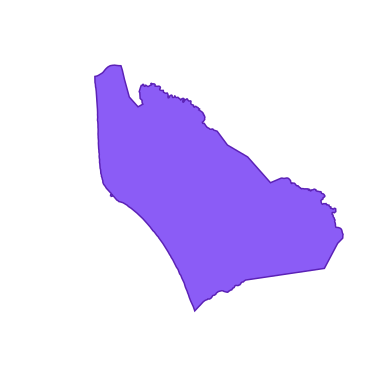 outline of Rangárþing eystra, Suðurland, Iceland, rotated 42°
{"feature_id": "244011B21062297179388", "entity_name": "Rangárþing eystra", "entity_type": "district", "adm_level": 2, "iso_a3": "ISL", "parent_name": "Iceland", "parent_adm1": "Suðurland", "projection": "orthographic", "projection_center": [-19.715, 63.654], "detail": "fine", "context": "isolated", "style": "filled", "palette": "violet", "viewbox_px": 384, "rotation_deg": 42, "n_neighbors": 0, "source": "geoboundaries", "source_scale": "gbopen_adm2", "svg_char_len": 6041}
<svg xmlns="http://www.w3.org/2000/svg" viewBox="0 0 384 384"><g transform="rotate(42 192 192)"><path d="M290.8,221.5L341.5,160.2L334.6,132.7L334.9,125.5L334.7,125.2L333.3,123.5L332.6,122.4L331.2,121.8L328.8,120.1L327.6,119.7L326.5,119.7L324.5,120.5L322.8,121.8L322.4,121.9L321.1,121.0L320.1,119.9L318.8,119.0L318.0,118.7L317.7,118.4L317.2,117.4L317.0,117.1L316.1,117.0L315.5,116.4L315.1,116.2L313.3,115.8L312.8,115.2L312.3,114.8L311.0,114.8L310.1,113.6L310.0,113.4L310.6,112.7L311.6,112.3L311.8,111.9L311.8,111.4L311.8,111.1L312.0,110.6L312.0,110.4L310.5,108.8L310.2,108.7L309.9,108.3L309.2,108.5L308.6,108.9L308.6,109.8L308.3,110.3L306.7,110.7L306.1,111.3L305.6,111.2L305.4,110.4L305.2,110.2L304.4,110.6L303.6,110.7L302.5,110.1L302.1,110.6L300.9,110.9L300.7,111.3L300.1,111.3L299.4,110.9L298.5,111.9L297.7,112.4L297.2,113.7L296.9,113.9L295.1,113.4L294.6,112.9L293.5,112.1L293.6,111.0L293.5,110.6L293.9,110.3L294.0,109.7L293.9,109.3L293.4,108.8L293.2,108.5L293.2,108.3L293.6,107.5L293.7,107.0L293.6,106.3L293.4,106.0L292.8,106.0L292.7,105.8L292.2,105.6L291.0,105.5L289.1,106.3L288.6,106.1L288.1,105.6L287.7,105.6L287.0,105.9L286.8,106.3L285.8,106.7L285.0,107.4L284.2,107.6L283.9,107.9L283.0,108.0L282.5,107.4L281.0,108.0L280.8,108.2L280.4,109.4L279.3,110.7L279.2,111.1L279.6,111.3L279.5,111.7L279.3,111.9L278.6,112.0L277.9,111.5L277.6,111.4L277.4,111.6L277.6,112.3L277.6,112.5L277.1,112.6L276.7,112.4L276.4,112.0L276.2,112.0L275.1,113.0L274.5,113.4L274.1,113.9L273.3,114.6L272.8,114.8L271.5,115.8L271.1,116.4L270.7,116.3L270.2,116.6L269.6,116.4L268.8,116.6L267.9,116.5L267.5,116.7L266.9,116.4L266.3,116.6L266.0,117.0L265.3,117.4L264.8,117.2L264.3,117.2L262.8,116.9L261.9,117.1L261.3,117.7L260.7,118.0L260.7,118.4L260.5,118.9L260.0,119.1L259.8,119.0L259.7,118.7L258.6,118.5L257.6,117.6L257.2,117.5L254.8,117.3L253.8,117.6L252.9,118.3L251.7,119.9L251.1,120.5L249.5,121.5L248.9,122.2L244.1,132.6L209.9,128.7L186.9,133.4L170.0,130.0L166.8,131.4L165.3,131.3L165.1,131.7L164.7,131.8L164.3,132.6L163.3,133.3L162.0,133.3L159.8,133.9L159.4,133.7L158.2,133.6L155.2,132.8L154.4,133.6L153.9,133.7L153.2,133.4L153.0,133.2L153.3,132.0L153.1,131.2L153.0,129.7L151.9,128.6L151.5,127.7L150.9,127.6L150.5,127.2L149.6,126.8L149.3,126.8L149.2,126.9L148.6,126.4L148.0,126.5L147.6,126.0L146.3,125.8L144.3,126.0L143.6,126.2L143.0,126.1L142.2,126.4L142.1,125.3L141.0,125.5L140.1,125.3L139.1,125.5L138.6,125.8L137.5,125.8L137.0,126.8L136.9,127.4L136.3,127.5L135.8,127.4L135.3,126.6L135.0,126.5L133.3,127.2L132.3,127.2L131.7,126.9L131.4,126.5L130.9,125.6L130.3,125.2L129.9,125.3L128.9,126.4L127.9,126.5L126.3,126.0L125.9,126.2L125.8,126.4L125.7,127.2L125.2,127.8L125.2,128.1L125.5,129.8L125.5,130.5L125.6,130.8L125.4,131.2L124.7,131.1L123.9,129.9L123.9,129.5L124.4,128.8L124.4,128.7L124.1,128.2L123.3,128.1L122.8,128.3L122.2,129.1L122.1,129.5L122.1,130.8L122.0,131.2L121.7,131.2L120.3,130.8L119.5,131.2L118.3,131.0L118.0,131.2L117.2,132.3L116.9,132.4L116.0,132.5L115.4,132.1L115.0,132.1L114.8,132.3L114.9,132.6L115.2,133.0L115.3,133.4L115.2,133.9L114.5,134.6L113.6,134.5L112.6,133.6L111.8,133.8L111.6,134.1L111.2,135.8L111.4,136.5L111.8,136.7L111.8,137.0L111.7,137.5L111.3,137.9L110.4,137.4L110.2,137.2L109.9,136.4L109.6,136.2L108.5,135.4L107.5,135.0L107.2,135.1L106.6,136.1L106.1,136.4L104.1,136.9L102.7,135.7L102.4,135.9L101.6,136.8L100.8,137.3L99.7,137.6L99.1,137.2L98.9,136.1L98.6,135.5L98.1,135.2L97.4,135.2L96.7,135.4L96.3,135.7L95.7,136.5L93.8,138.0L93.4,137.7L92.9,137.0L92.0,136.8L91.2,137.2L90.4,138.0L89.0,138.5L88.9,138.9L89.0,139.1L89.7,139.1L90.1,139.3L90.1,139.7L89.5,140.9L89.0,142.7L88.5,143.2L88.2,143.3L86.3,143.5L86.1,143.6L86.1,143.9L86.3,144.9L85.9,145.3L85.1,145.2L84.2,144.5L83.8,144.6L83.4,145.0L83.4,145.5L83.7,146.1L83.0,146.8L83.6,148.4L84.0,149.3L85.7,152.9L86.6,153.0L90.9,157.2L93.6,157.3L94.2,158.1L95.1,158.9L95.6,159.2L96.7,159.6L94.9,164.8L81.9,163.4L66.3,153.4L58.6,148.0L54.7,145.7L52.8,147.3L49.5,149.6L48.1,151.1L46.9,152.6L46.5,153.4L45.8,155.6L45.6,157.7L45.6,159.3L45.8,162.3L45.7,163.5L45.4,164.6L44.5,167.6L44.0,168.9L43.4,169.9L42.5,171.1L46.7,175.6L47.9,176.4L50.2,178.6L50.8,178.9L53.5,181.3L66.6,194.0L69.0,196.5L70.0,197.7L71.9,199.6L73.7,201.9L75.1,202.9L77.2,205.0L78.9,206.9L80.2,208.1L82.4,210.6L83.2,211.6L85.5,213.9L85.8,214.3L88.4,216.7L89.7,218.3L93.6,222.2L94.8,223.2L96.3,224.8L96.7,225.0L97.9,226.0L99.0,227.5L100.5,228.9L101.5,229.6L103.6,232.0L104.7,232.8L107.8,235.8L109.0,236.5L110.1,237.5L111.7,239.1L113.5,240.1L114.1,240.9L115.4,241.5L117.2,242.8L117.8,243.0L119.5,244.6L121.2,245.4L123.9,245.9L125.8,246.5L133.1,247.2L133.3,247.3L133.3,248.3L133.9,249.2L134.1,249.1L133.5,248.3L133.4,248.0L133.4,247.4L133.6,247.5L134.5,247.3L135.6,247.7L135.5,248.1L135.4,248.4L134.8,249.0L135.0,249.2L135.4,248.7L135.6,248.4L135.7,247.8L135.9,247.7L137.1,247.7L141.5,248.3L142.8,248.0L144.3,248.0L144.7,247.6L148.0,246.1L152.7,245.2L154.4,245.3L157.8,244.8L165.1,244.5L173.2,244.7L180.6,245.5L184.5,246.0L186.5,246.5L187.8,246.6L188.4,246.9L190.7,246.9L195.2,247.8L197.1,247.9L197.6,248.2L204.7,249.7L214.1,252.4L217.6,253.6L218.5,253.7L220.3,254.5L223.0,255.2L230.6,258.2L233.5,258.9L237.6,261.1L239.4,261.4L241.9,262.7L247.0,264.8L250.7,267.1L255.7,269.4L255.9,269.7L257.7,270.5L260.6,272.2L264.0,273.9L269.6,276.3L273.6,278.5L273.7,272.7L273.8,270.7L273.8,266.7L274.0,265.1L274.3,263.7L275.4,261.5L275.4,260.8L276.5,260.0L276.9,259.2L277.0,258.5L277.2,257.8L277.0,257.2L277.1,256.4L276.8,255.9L276.8,255.1L276.9,254.7L277.6,253.8L277.9,253.3L277.8,252.8L278.1,252.1L278.1,251.9L277.8,251.2L277.8,250.9L277.8,250.3L278.1,249.3L278.1,248.5L280.1,245.5L281.2,244.7L282.3,244.5L284.6,243.3L285.7,242.5L285.6,241.5L285.8,241.1L285.9,240.5L286.1,240.3L286.1,239.8L286.4,238.9L286.8,238.5L287.0,238.2L286.8,237.7L286.9,236.7L286.7,236.4L286.8,235.8L287.1,235.3L287.2,234.7L286.7,233.0L287.1,232.0L288.8,230.8L289.3,229.5L289.5,229.3L289.7,228.7L289.5,228.1L289.6,227.5L289.3,227.0L289.4,225.8L289.6,225.3L289.6,225.2L290.3,224.5L290.4,222.8L290.8,221.5Z" fill="#8b5cf6" stroke="#5b21b6" stroke-width="1.5"/></g></svg>